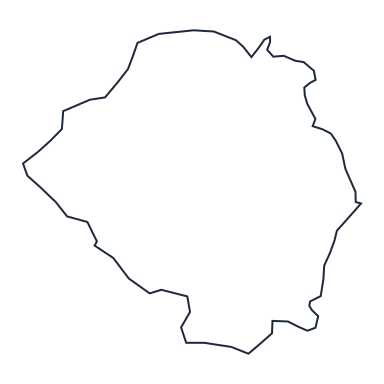 Kapileio, Limassol, Cyprus
{"feature_id": "46923920B22954384583573", "entity_name": "Kapileio", "entity_type": "district", "adm_level": 2, "iso_a3": "CYP", "parent_name": "Cyprus", "parent_adm1": "Limassol", "projection": "equal_earth", "projection_center": [32.969, 34.829], "detail": "fine", "context": "isolated", "style": "outline", "palette": "slate", "viewbox_px": 384, "rotation_deg": 0, "n_neighbors": 0, "source": "geoboundaries", "source_scale": "gbopen_adm2", "svg_char_len": 1059}
<svg xmlns="http://www.w3.org/2000/svg" viewBox="0 0 384 384"><path d="M94.6,245.6L113.2,257.9L128.9,278.6L149.7,293.4L161.3,289.8L187.3,296.4L190.0,312.0L181.1,327.4L186.2,342.8L188.2,342.8L204.3,342.8L231.1,346.9L248.4,353.7L258.5,345.2L272.0,333.3L272.5,320.9L287.9,321.5L298.5,326.8L307.4,330.7L312.1,329.0L315.5,327.7L318.2,316.2L311.8,310.0L309.3,305.8L310.1,301.4L320.7,296.1L323.4,279.2L324.2,265.6L329.9,253.2L334.5,240.5L336.9,230.7L348.5,217.7L361.0,203.5L355.7,202.0L355.5,191.9L345.4,168.9L342.1,153.4L335.6,140.4L330.8,133.5L322.3,129.2L312.7,126.2L315.4,118.9L307.3,103.9L304.8,95.4L304.3,87.5L310.0,82.9L315.6,79.9L313.9,70.8L303.7,62.1L295.4,60.8L283.7,55.8L273.3,56.7L267.2,49.8L270.1,42.1L270.0,36.8L264.4,39.6L258.9,47.5L251.4,57.1L243.1,46.6L235.9,40.2L213.8,31.5L193.6,30.3L158.8,33.9L137.5,42.9L133.4,54.7L128.0,69.0L118.5,81.3L105.1,97.4L90.0,99.7L63.2,111.1L61.9,129.0L50.3,140.8L37.7,152.1L23.0,163.5L27.4,175.7L40.7,187.6L55.9,202.2L67.1,216.4L87.4,222.0L96.9,241.4L94.6,245.6Z" fill="none" stroke="#1e293b" stroke-width="2"/></svg>